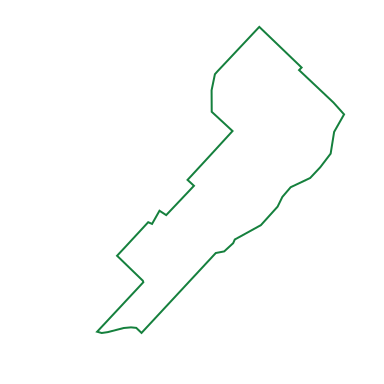 Cayuga, New York, United States of America, rotated 226°
{"feature_id": "52423323B60491080416719", "entity_name": "Cayuga", "entity_type": "district", "adm_level": 2, "iso_a3": "USA", "parent_name": "United States of America", "parent_adm1": "New York", "projection": "orthographic", "projection_center": [-76.569, 43.019], "detail": "fine", "context": "isolated", "style": "outline", "palette": "green", "viewbox_px": 384, "rotation_deg": 226, "n_neighbors": 0, "source": "geoboundaries", "source_scale": "gbopen_adm2", "svg_char_len": 660}
<svg xmlns="http://www.w3.org/2000/svg" viewBox="0 0 384 384"><g transform="rotate(226 192 192)"><path d="M142.2,355.3L158.1,355.9L205.3,353.7L205.4,357.3L264.0,355.1L264.0,354.4L261.1,294.1L260.8,290.3L251.6,276.8L236.0,261.9L207.7,263.5L205.6,228.9L203.8,197.2L195.1,197.7L193.3,157.4L201.1,155.6L196.8,141.1L200.7,139.5L198.8,105.8L198.2,93.8L162.3,95.0L160.9,94.3L157.4,26.7L153.3,29.1L149.7,34.1L141.6,48.4L137.0,54.1L133.0,57.5L125.7,57.8L131.6,166.7L126.9,173.9L126.6,186.1L128.1,189.8L120.3,218.6L122.0,243.4L125.7,253.6L126.9,266.3L120.0,286.7L120.7,301.4L123.3,318.4L136.5,336.0L142.2,355.3Z" fill="none" stroke="#15803d" stroke-width="2"/></g></svg>